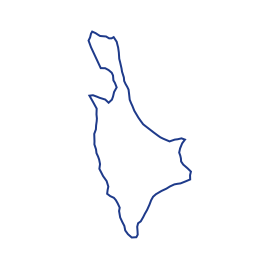 the district of Vasileia, Cyprus, rotated 65°
{"feature_id": "46923920B45317993304691", "entity_name": "Vasileia", "entity_type": "district", "adm_level": 2, "iso_a3": "CYP", "parent_name": "Cyprus", "parent_adm1": "", "projection": "natural_earth1", "projection_center": [33.095, 35.347], "detail": "fine", "context": "isolated", "style": "outline", "palette": "blue", "viewbox_px": 256, "rotation_deg": 65, "n_neighbors": 0, "source": "geoboundaries", "source_scale": "gbopen_adm2", "svg_char_len": 1679}
<svg xmlns="http://www.w3.org/2000/svg" viewBox="0 0 256 256"><g transform="rotate(65 128 128)"><path d="M32.1,126.8L39.2,127.4L42.6,127.4L47.4,127.4L51.7,127.4L57.7,127.4L62.2,127.4L64.2,123.4L67.3,121.1L71.0,119.4L74.1,119.4L78.7,121.1L81.5,120.8L86.4,121.1L89.5,125.4L93.2,128.3L95.5,130.6L96.9,134.9L92.6,136.6L88.6,141.0L86.4,143.0L83.5,145.9L82.4,149.3L89.5,148.7L97.2,148.2L102.3,150.8L106.3,152.2L108.8,153.6L112.0,155.7L115.7,157.7L119.1,161.1L125.9,164.0L128.7,165.4L133.8,166.0L137.5,167.2L141.2,167.2L144.4,167.5L148.9,168.6L152.9,171.2L161.1,170.9L167.1,169.8L172.8,170.6L175.6,172.7L178.8,174.7L182.2,172.9L185.3,170.3L188.2,169.5L191.9,169.2L196.7,169.2L199.5,171.2L205.8,172.9L210.6,172.9L215.2,172.7L219.7,173.8L224.3,172.9L228.8,170.9L230.5,166.6L228.8,164.3L225.4,162.9L221.4,161.4L218.6,159.1L218.0,155.9L215.2,151.9L212.9,149.0L210.3,145.3L206.6,141.0L203.2,137.5L200.9,134.3L199.8,130.6L199.2,124.2L199.2,118.8L198.7,114.7L198.7,109.8L199.5,106.7L200.4,103.8L200.7,98.6L200.9,93.4L197.0,91.7L194.1,89.4L189.6,91.1L184.5,93.4L180.8,94.0L177.9,92.9L175.1,92.3L171.9,92.0L168.5,89.4L164.8,85.4L162.6,81.3L160.0,83.9L159.2,87.7L158.3,90.5L157.7,96.0L152.6,100.6L150.1,102.6L147.5,104.1L142.7,106.7L133.8,111.3L131.0,112.7L126.5,113.6L123.0,114.2L115.1,115.0L109.7,114.7L106.8,114.7L103.1,114.5L96.9,112.4L93.5,111.3L90.6,111.3L87.2,111.6L83.8,111.6L80.4,110.4L74.4,109.6L71.3,108.7L68.5,108.1L64.8,107.3L61.6,106.7L55.7,104.4L50.8,102.9L48.0,102.4L45.1,101.8L39.6,102.6L39.8,105.0L38.8,107.2L35.8,109.2L34.7,111.1L33.8,112.7L32.8,114.4L31.2,115.5L28.3,117.3L25.5,119.7L26.9,121.7L29.8,124.0L32.1,126.8Z" fill="none" stroke="#1e3a8a" stroke-width="2"/></g></svg>